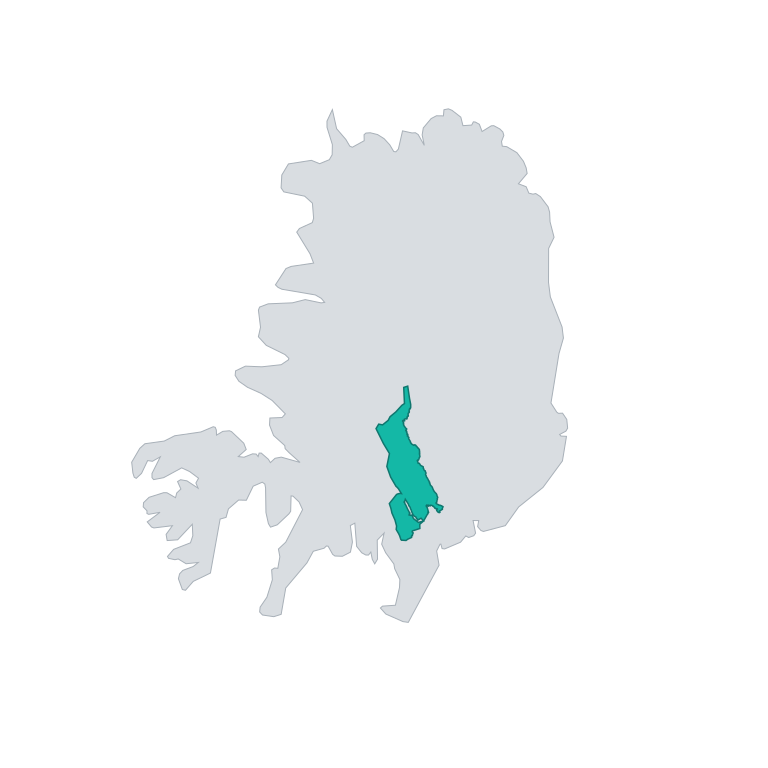 Bláskógabyggð, Suðurland, Iceland (highlighted), rotated 300°
{"feature_id": "244011B85102906551816", "entity_name": "Bláskógabyggð", "entity_type": "district", "adm_level": 2, "iso_a3": "ISL", "parent_name": "Iceland", "parent_adm1": "Suðurland", "projection": "albers", "projection_center": [-20.271, 64.468], "detail": "fine", "context": "in_parent", "style": "filled", "palette": "teal", "viewbox_px": 768, "rotation_deg": 300, "n_neighbors": 0, "source": "geoboundaries", "source_scale": "gbopen_adm2", "svg_char_len": 9438}
<svg xmlns="http://www.w3.org/2000/svg" viewBox="0 0 768 768"><g transform="rotate(300 384 384)"><path d="M550.9,224.5L556.6,224.5L565.5,219.6L577.8,206.3L583.1,203.2L595.8,202.1L581.4,215.3L576.7,228.7L572.9,235.4L573.2,238.2L584.8,245.2L589.9,242.1L592.3,242.9L594.7,246.5L596.8,253.7L596.5,261.5L594.0,269.4L590.2,276.2L591.0,278.2L594.6,279.0L612.5,273.5L615.4,282.7L617.3,285.6L617.1,288.9L610.8,299.6L618.8,292.5L625.4,290.0L637.4,292.1L642.5,295.3L645.9,301.4L651.5,298.8L654.5,302.2L655.0,306.1L653.5,317.1L647.2,323.2L652.1,330.5L655.7,330.3L656.5,332.0L656.6,336.7L651.7,342.7L661.2,347.8L662.6,349.9L662.8,356.8L661.7,360.9L659.2,363.5L652.8,364.5L649.1,367.5L650.9,371.6L650.8,383.4L646.6,393.4L642.3,399.0L637.9,402.7L624.6,400.3L625.9,408.5L621.7,414.0L622.9,418.1L624.8,420.2L624.5,425.7L619.5,437.5L615.6,441.5L607.5,446.7L596.1,457.9L583.7,458.8L554.2,475.7L542.6,484.5L522.4,509.7L513.5,516.4L497.9,520.3L451.0,538.1L446.0,547.7L445.8,549.7L448.0,553.2L444.7,560.0L437.6,565.1L434.1,565.1L428.1,561.3L427.4,563.3L429.9,568.2L406.6,577.0L373.9,573.4L344.9,562.1L322.0,559.9L306.0,543.8L305.6,541.2L307.3,536.4L313.1,534.3L310.3,529.4L300.6,537.9L297.5,537.6L293.4,534.1L293.3,530.8L285.3,529.4L271.5,519.0L270.5,516.6L273.8,513.3L273.2,512.6L265.7,513.1L254.6,522.3L189.7,524.2L187.7,519.2L185.7,500.6L188.2,492.9L190.9,493.8L198.1,504.5L215.5,499.2L222.6,495.5L229.4,485.6L233.1,482.5L238.7,469.8L244.1,462.1L255.0,458.6L245.4,456.2L229.0,466.0L223.6,465.9L226.3,461.5L231.9,456.6L228.1,456.1L226.8,453.8L226.7,449.1L229.7,441.5L248.9,428.3L244.6,425.6L231.3,435.7L221.6,439.0L214.0,434.1L210.5,427.5L210.8,424.7L215.6,416.7L214.9,415.1L211.8,414.2L203.8,406.4L190.5,406.7L158.2,400.9L133.1,410.1L127.4,404.9L123.2,394.3L124.4,390.3L128.8,388.3L140.8,389.2L158.6,385.2L166.9,379.6L169.9,381.2L171.3,384.2L182.3,380.2L188.3,375.1L197.9,378.0L234.5,376.3L239.4,369.4L241.4,361.2L240.6,359.5L227.1,366.8L224.1,366.6L208.7,362.0L203.3,357.3L205.3,353.7L213.7,346.0L234.8,333.4L237.8,330.8L238.1,327.7L230.1,321.8L214.5,322.9L210.8,316.1L198.1,311.7L189.5,313.9L185.1,309.6L133.5,328.2L117.7,317.5L106.1,315.2L105.2,312.1L112.6,303.3L117.4,301.9L122.0,303.0L130.5,310.0L136.6,312.4L129.4,302.5L129.6,293.3L127.3,290.8L125.3,284.6L126.4,282.7L135.6,284.5L149.7,295.8L157.0,294.3L166.7,288.1L145.9,283.2L140.0,274.5L144.8,270.5L155.5,271.6L144.3,256.7L143.9,254.2L146.2,247.9L160.9,254.2L153.5,245.4L153.3,243.5L155.7,242.1L157.2,236.9L161.0,235.1L168.4,237.2L179.7,247.5L181.3,250.4L181.3,260.3L186.0,259.0L191.5,260.6L196.3,254.0L199.4,255.7L201.6,261.8L200.8,275.1L204.2,270.6L209.7,270.5L211.0,259.5L210.2,250.7L192.7,240.0L186.0,232.3L186.9,229.9L190.5,227.8L209.1,226.7L201.3,222.1L199.5,217.6L185.4,218.7L178.4,216.6L178.4,214.3L181.3,211.1L190.1,204.6L206.2,204.7L212.7,206.8L224.7,222.2L234.5,228.6L250.9,249.4L261.6,257.5L262.1,259.5L260.3,261.8L256.0,264.5L262.4,268.1L266.2,273.5L266.5,275.8L262.6,292.2L258.4,297.4L248.3,294.1L250.6,299.4L257.8,305.1L259.4,308.3L258.2,311.3L261.7,310.4L262.8,312.2L261.0,321.5L259.1,324.9L265.2,326.8L269.3,331.6L274.1,350.5L277.1,336.0L278.6,330.7L281.1,328.8L284.2,314.1L291.2,305.4L297.5,302.2L304.0,312.5L308.8,313.5L313.8,295.4L314.4,282.2L312.9,267.5L313.8,257.0L317.0,250.8L321.2,248.9L330.2,255.1L337.8,269.6L349.3,285.3L357.3,289.2L358.7,288.7L360.0,283.5L358.6,262.7L362.1,251.6L371.4,248.7L385.2,238.3L388.4,237.8L395.5,243.6L408.5,264.1L417.7,273.6L422.8,289.0L425.0,291.8L426.8,286.9L426.8,280.0L415.0,248.2L414.7,243.9L415.6,240.4L435.0,241.4L439.4,244.8L453.5,262.6L459.8,254.8L471.9,232.5L476.4,233.0L487.9,241.2L492.3,240.2L504.8,231.6L507.0,221.4L500.3,201.2L502.4,196.8L513.9,191.0L526.8,191.2L541.4,209.3L542.6,218.1L550.9,224.5Z" fill="#d9dde1" stroke="#a8b0b8" stroke-width="1"/><path d="M257.8,477.8L259.5,481.3L261.5,482.2L264.9,484.6L265.6,484.0L265.9,483.9L266.0,483.9L266.1,484.0L266.3,484.0L266.7,484.3L266.8,484.0L267.0,484.1L269.4,483.8L269.7,483.6L269.7,483.1L269.7,482.8L269.9,482.5L270.4,482.1L271.0,482.1L276.8,487.3L280.4,485.1L285.2,486.8L292.7,486.7L293.2,486.9L293.7,486.7L294.1,486.8L294.2,486.7L294.3,486.5L294.7,486.4L294.8,486.3L294.9,486.5L295.0,486.5L294.9,486.7L295.1,486.8L298.4,483.4L298.7,483.0L298.9,482.4L299.2,481.8L299.7,481.4L300.0,481.4L300.5,481.5L300.6,481.9L300.8,482.3L300.7,482.4L300.4,482.7L300.4,482.9L300.7,483.3L300.4,483.5L300.5,483.6L301.3,483.4L301.3,483.5L301.1,483.8L301.6,484.2L301.6,484.6L301.5,484.9L301.7,485.0L302.2,484.9L302.4,485.0L302.5,485.5L302.7,485.8L302.7,486.0L302.8,486.2L302.8,486.4L302.8,486.8L302.6,487.2L302.8,487.4L302.8,487.8L302.8,488.1L302.6,488.3L302.5,488.7L302.3,489.3L302.4,489.7L302.2,490.0L301.9,490.1L301.8,490.3L302.0,491.5L302.2,491.8L302.5,492.1L302.5,492.7L302.4,492.8L301.8,492.4L301.5,492.4L301.1,492.6L300.8,492.9L300.6,493.5L300.4,493.7L300.1,494.7L300.0,495.2L300.2,496.0L300.4,496.4L300.9,496.6L301.6,495.6L301.9,495.5L302.6,496.1L304.6,497.2L304.9,496.8L305.2,496.8L307.8,496.4L307.5,496.3L307.3,495.7L307.2,495.5L307.2,495.0L307.3,494.6L307.1,493.8L307.1,493.3L307.0,492.9L306.9,492.7L306.5,492.4L306.5,492.2L306.7,491.6L306.7,491.4L306.6,490.9L306.6,490.5L306.6,489.1L306.8,488.7L307.1,488.5L308.3,488.8L308.5,488.7L308.7,488.4L309.1,488.2L310.8,487.9L311.0,487.7L311.5,487.3L312.1,487.4L312.4,487.4L313.1,486.7L313.6,485.9L314.7,484.9L315.1,484.2L315.3,483.7L315.5,482.8L315.8,482.0L316.0,481.3L316.2,480.9L316.4,480.7L316.8,480.0L317.3,479.2L318.7,477.5L319.2,476.5L319.3,476.0L319.5,475.2L319.6,474.9L319.6,474.7L319.9,474.5L320.0,474.3L320.5,473.9L320.7,473.4L320.9,473.1L321.1,473.1L321.3,472.8L321.7,472.7L321.8,472.6L321.8,472.1L322.6,471.3L322.9,470.5L323.2,470.1L323.5,469.6L323.8,469.2L324.3,468.5L324.3,468.2L324.3,467.9L324.6,467.5L324.8,467.3L324.9,467.0L325.4,466.7L325.9,466.0L326.0,465.7L326.5,465.2L327.1,465.0L327.7,465.0L328.1,464.7L328.7,463.7L329.1,463.5L329.4,463.1L329.4,462.9L329.3,462.6L329.4,462.2L329.5,461.8L329.6,461.6L329.8,461.3L330.3,461.0L330.6,460.2L331.0,460.0L331.7,459.5L331.9,459.3L331.9,459.0L331.9,458.8L331.9,458.1L331.8,457.5L331.9,456.2L332.1,455.7L332.3,455.5L332.4,455.3L332.7,454.8L332.9,454.3L332.9,454.0L332.5,453.5L332.5,453.3L332.6,452.9L333.0,452.7L333.9,451.7L334.0,451.4L334.3,451.1L334.6,451.1L335.3,451.4L335.3,451.5L335.3,451.8L335.6,451.9L337.2,451.6L337.7,451.4L338.6,451.4L338.8,451.5L339.1,451.4L339.8,450.8L340.4,450.4L340.8,449.9L341.3,449.9L341.6,449.4L342.0,449.4L342.0,449.2L342.5,449.0L343.1,448.6L343.4,448.6L343.7,448.3L344.0,448.1L344.2,447.8L344.6,447.7L345.0,447.2L345.4,446.2L345.4,445.8L345.7,445.4L345.6,444.9L345.8,444.5L346.0,444.3L346.3,443.6L346.4,443.3L346.3,442.9L346.8,442.2L346.7,441.8L346.8,441.5L346.8,441.3L346.8,441.2L346.3,440.6L346.0,440.6L345.8,440.4L345.8,440.0L345.8,439.5L345.9,439.0L345.8,438.4L345.8,438.2L345.9,437.8L346.1,437.5L346.3,436.6L346.5,436.4L346.9,436.3L347.0,436.1L347.0,435.7L347.7,435.1L348.0,434.5L348.3,433.9L348.6,433.4L348.7,433.0L349.2,432.5L350.1,432.3L350.2,432.1L350.2,431.7L350.4,431.3L350.4,431.1L350.7,430.9L350.7,430.7L350.7,430.4L351.1,430.5L351.3,430.1L351.7,430.1L351.6,429.7L351.7,429.4L351.9,429.3L352.3,429.3L352.3,429.2L352.2,428.9L353.0,428.5L353.5,427.7L353.8,427.8L354.0,427.7L354.3,427.1L354.3,426.8L354.4,426.6L354.5,426.2L354.9,425.9L355.2,426.1L355.4,426.3L355.6,426.4L356.5,426.0L356.5,425.9L356.5,425.6L356.6,425.2L356.7,424.7L357.1,423.8L357.3,423.5L357.4,423.3L357.4,422.9L357.7,422.6L358.1,421.7L358.6,421.2L359.0,421.2L359.3,420.9L359.5,420.7L359.6,420.4L359.8,420.4L360.0,420.5L360.3,420.3L360.4,419.9L360.6,419.7L360.9,419.2L361.2,418.6L361.4,418.6L361.7,418.6L361.8,419.0L362.1,419.5L362.2,419.8L362.2,420.1L362.3,420.2L362.5,420.3L362.8,420.0L362.9,419.5L363.3,419.2L363.6,419.2L363.8,419.3L364.0,419.6L364.6,420.0L364.9,420.5L365.2,420.6L365.0,420.9L365.0,421.0L365.4,421.3L365.7,421.1L365.9,421.1L366.1,420.9L366.5,420.9L367.0,420.5L367.5,420.6L367.8,420.5L368.0,420.6L368.1,421.0L368.6,421.0L369.5,420.2L370.4,419.7L370.8,419.6L371.4,419.9L372.2,420.0L372.8,419.7L373.0,419.4L373.0,419.2L373.7,419.0L374.1,419.0L374.4,418.7L374.6,418.7L375.0,419.0L375.2,418.9L375.5,418.5L375.9,418.6L376.2,419.0L376.5,419.0L377.1,418.8L379.7,417.3L384.3,413.3L394.0,405.6L390.9,402.8L377.3,411.5L374.4,410.1L365.7,408.2L358.7,405.6L354.6,405.8L347.9,403.2L346.6,399.5L341.4,399.4L332.2,413.2L326.5,423.5L314.0,427.7L306.7,436.3L302.0,444.5L301.5,445.3L301.2,446.3L301.1,447.3L300.9,447.6L300.6,448.7L297.8,453.9L297.3,452.7L296.5,451.7L295.6,450.8L294.6,450.1L283.1,448.4L279.7,452.2L276.2,455.4L271.7,461.5L270.9,462.3L267.3,465.9L264.1,467.3L261.7,471.5L260.4,473.4L257.7,476.4L257.8,476.8L257.5,477.3L257.7,477.6L257.8,477.8ZM285.2,486.8L281.3,483.0L282.0,478.2L282.0,477.4L282.6,476.2L283.6,474.8L284.6,473.8L283.6,472.9L283.1,471.2L283.8,471.0L283.8,471.4L284.1,471.5L285.4,470.7L285.5,470.1L287.0,467.7L287.4,467.1L287.7,466.6L288.4,465.7L288.7,465.1L288.9,464.8L289.2,464.7L289.4,464.4L289.7,463.8L290.2,463.1L290.5,462.4L291.0,461.8L291.5,461.4L291.8,460.4L293.4,460.5L294.8,460.1L292.6,464.3L292.5,464.7L292.0,465.4L291.7,465.6L291.6,465.9L291.0,466.4L291.0,466.8L290.5,467.5L290.4,468.2L290.3,468.3L290.1,468.6L289.3,469.2L288.9,469.9L288.6,470.5L287.7,471.3L285.3,474.5L285.2,475.2L284.8,475.6L284.7,477.6L284.8,478.0L284.1,479.1L283.9,479.2L283.9,479.4L283.7,480.1L283.4,480.5L283.6,480.7L283.6,480.9L283.4,480.9L283.3,481.2L283.1,481.4L286.3,483.2L285.2,486.8Z" fill="#14b8a6" stroke="#0f766e" stroke-width="1.5"/></g></svg>